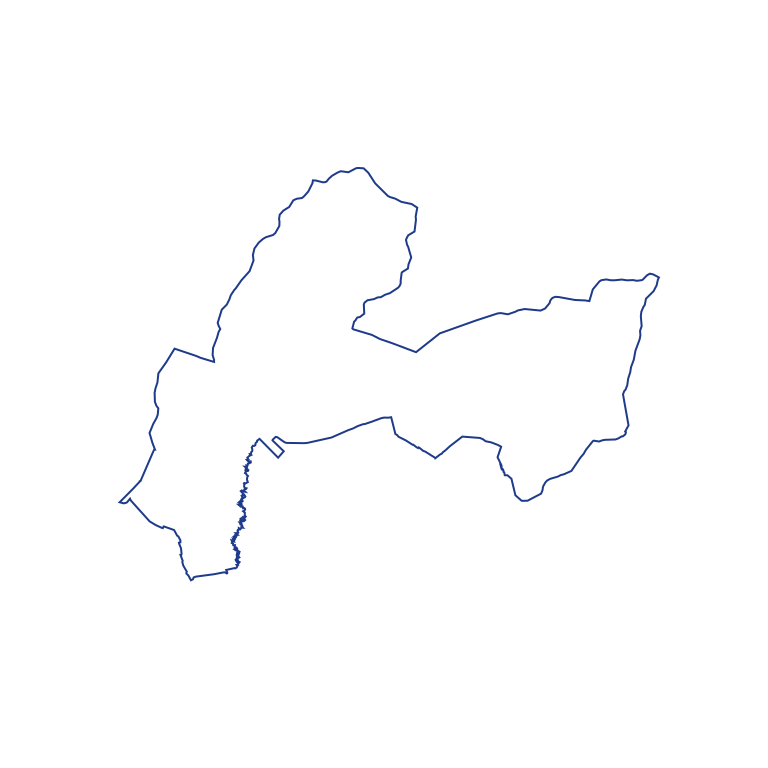 the district of Brestovat, Arad, Romania, rotated 48°
{"feature_id": "2599482B51374026190255", "entity_name": "Brestovat", "entity_type": "district", "adm_level": 2, "iso_a3": "ROU", "parent_name": "Romania", "parent_adm1": "Arad", "projection": "equal_earth", "projection_center": [21.692, 45.902], "detail": "fine", "context": "isolated", "style": "outline", "palette": "blue", "viewbox_px": 768, "rotation_deg": 48, "n_neighbors": 0, "source": "geoboundaries", "source_scale": "gbopen_adm2", "svg_char_len": 6165}
<svg xmlns="http://www.w3.org/2000/svg" viewBox="0 0 768 768"><g transform="rotate(48 384 384)"><path d="M374.8,649.6L380.7,651.9L381.3,653.0L384.7,654.7L391.5,656.1L392.1,657.3L392.7,657.7L395.4,657.5L400.7,658.8L401.3,656.7L400.4,654.9L401.2,652.8L411.7,637.5L416.7,629.2L417.5,628.3L419.6,627.6L419.7,627.1L419.2,626.6L416.6,625.7L420.7,618.4L421.5,617.9L421.8,616.2L421.1,614.7L419.9,614.6L420.8,613.4L419.5,612.5L419.9,611.3L419.7,610.5L417.8,611.2L418.3,612.2L418.1,612.5L415.4,612.0L415.3,611.7L416.8,610.9L416.9,610.4L415.2,610.2L414.5,609.5L415.6,609.1L416.1,607.6L414.4,607.4L413.3,608.3L412.5,607.9L412.0,607.2L413.1,606.9L413.5,606.1L412.0,603.6L411.1,603.9L411.2,605.5L410.8,605.5L410.2,604.2L409.3,604.0L408.6,605.4L407.3,605.7L408.1,604.4L407.8,603.2L407.3,603.2L407.1,604.2L406.1,605.0L405.8,604.7L406.3,603.7L406.0,603.4L405.0,603.9L404.0,602.6L402.9,603.9L401.5,602.9L400.3,603.5L399.7,602.4L398.3,601.9L400.6,600.8L398.3,599.9L399.8,599.4L399.5,598.4L396.8,598.0L396.9,597.3L398.2,597.3L398.8,596.6L398.5,595.9L397.8,596.2L396.8,595.7L398.2,593.7L395.6,594.0L397.0,592.2L397.0,591.8L395.2,591.2L395.1,590.5L394.6,590.1L395.2,589.1L394.1,588.3L395.8,587.8L395.3,586.2L396.3,585.1L394.8,585.3L394.9,584.3L394.3,584.0L392.3,584.7L392.0,584.5L392.5,584.4L392.6,583.4L392.0,583.1L391.1,584.1L390.2,584.0L390.8,583.4L391.0,582.3L389.2,582.2L388.7,581.1L388.1,580.8L388.3,580.0L389.2,580.5L391.8,580.4L392.2,579.9L392.2,578.2L391.2,578.0L390.8,578.6L388.4,578.0L388.4,577.6L389.6,577.5L390.1,576.3L390.0,575.4L388.6,575.5L386.5,573.5L384.3,573.8L384.6,572.1L384.3,571.1L383.7,570.7L382.9,570.7L382.0,571.9L380.6,571.0L379.4,572.5L376.3,572.9L378.4,570.5L377.9,570.1L374.8,571.2L374.8,569.0L376.3,568.7L376.6,567.6L375.8,567.1L374.1,567.1L373.9,566.2L374.4,565.4L372.9,564.9L374.7,564.1L375.1,563.2L374.9,562.4L372.7,561.9L372.3,563.0L371.8,563.4L371.6,562.5L370.9,562.1L367.8,562.1L367.9,561.0L369.6,560.5L371.3,559.2L369.2,559.3L369.0,557.9L369.7,556.7L369.5,556.0L368.0,557.1L366.2,556.3L365.2,554.9L364.1,554.6L364.1,554.1L365.1,553.7L365.8,550.9L363.2,549.7L361.8,548.0L361.3,546.6L359.7,546.9L358.3,546.4L357.2,546.9L356.5,545.3L357.6,543.0L357.2,542.4L356.6,542.4L355.9,544.0L355.2,544.5L354.8,543.9L355.8,542.9L355.5,542.5L352.6,542.7L354.1,541.5L353.8,541.1L352.4,540.7L353.2,539.8L352.1,538.5L352.7,537.5L352.4,536.4L353.1,536.1L353.2,535.5L352.3,534.8L350.8,536.6L348.5,536.7L349.3,535.2L347.3,534.8L347.3,532.2L347.9,530.2L346.2,530.5L346.5,529.2L345.8,528.3L345.7,526.8L344.4,525.5L342.7,524.8L342.3,523.4L342.2,522.7L343.1,522.0L343.4,520.6L342.0,519.0L342.0,517.0L341.2,516.2L341.5,513.2L367.9,512.0L366.9,503.5L351.3,504.6L350.9,504.0L350.8,499.9L352.1,498.9L360.7,496.9L362.5,495.9L374.3,483.2L376.4,480.5L388.6,458.9L394.4,441.4L396.3,436.8L397.7,431.7L399.8,426.6L401.0,424.9L403.4,419.3L407.7,408.6L409.1,406.3L411.8,403.5L413.5,400.9L428.8,409.0L430.8,408.4L433.0,408.5L440.3,405.6L448.3,403.4L448.6,402.9L452.9,402.1L454.5,401.5L454.3,400.7L455.5,400.3L460.0,399.6L461.8,398.6L473.0,395.4L473.5,395.6L473.9,389.5L474.4,387.6L474.1,385.9L474.4,382.7L474.3,376.8L475.5,361.0L488.3,348.8L491.3,347.4L494.5,346.8L499.1,343.4L505.6,340.1L509.0,338.9L514.4,348.6L522.9,351.1L523.2,351.3L522.3,351.7L525.9,353.5L526.5,353.5L526.4,352.7L526.8,352.7L528.7,353.4L529.2,354.0L530.2,353.8L532.6,355.3L534.5,353.3L539.7,352.7L554.6,360.8L562.5,359.9L563.2,359.6L566.8,355.4L570.6,340.6L568.9,337.1L567.2,335.2L566.3,333.5L565.1,329.8L564.9,327.2L565.7,323.9L569.2,316.6L569.9,313.8L571.5,310.6L574.0,302.9L570.1,287.1L569.5,282.4L568.0,277.9L566.2,266.9L566.5,266.0L570.6,262.7L571.9,259.5L573.3,257.2L580.1,249.1L581.2,246.4L582.0,242.3L582.7,241.6L582.9,238.9L582.6,237.7L581.6,236.4L580.7,236.6L578.4,230.0L551.6,213.3L550.0,210.2L549.9,208.5L547.8,204.2L543.3,198.8L540.0,193.1L536.8,189.2L533.2,182.3L527.4,174.7L521.8,164.0L519.4,160.9L515.8,158.1L513.4,153.8L505.5,147.8L502.5,144.4L500.4,139.9L499.7,137.3L495.9,132.2L495.4,121.5L493.1,115.4L489.7,110.6L488.8,108.4L482.7,110.6L479.9,112.6L479.2,116.0L479.6,121.8L479.4,122.8L476.6,126.9L473.3,129.5L469.6,134.0L465.5,137.4L461.3,143.1L458.7,146.0L455.0,148.9L452.4,152.8L451.9,155.1L453.4,165.5L459.8,175.9L456.4,178.7L449.3,185.9L436.5,195.8L433.8,198.4L432.8,201.1L432.8,202.4L433.3,204.7L434.7,206.9L435.7,213.8L434.2,218.5L422.4,229.3L419.0,235.1L418.1,238.3L415.1,245.3L409.5,249.7L407.6,252.3L398.4,273.0L383.7,308.7L381.8,338.9L359.0,350.7L347.9,356.9L339.3,360.2L322.9,370.2L321.5,370.3L317.7,364.5L317.6,362.5L316.8,360.0L316.8,359.2L318.1,357.1L318.5,351.6L311.5,345.9L310.5,344.1L310.7,340.3L314.2,334.6L315.4,330.8L317.4,328.2L318.4,323.4L320.4,318.9L321.9,309.1L321.6,306.9L320.5,304.4L318.2,302.3L313.2,296.5L313.0,295.6L314.2,289.0L311.4,285.6L308.2,279.1L298.3,274.3L296.0,273.7L291.9,271.4L291.1,270.4L289.7,266.5L291.1,259.3L283.2,250.2L280.8,248.5L275.2,241.3L268.8,243.0L260.3,249.2L253.6,251.7L249.0,254.5L246.8,255.3L229.0,256.3L216.5,254.3L210.1,254.8L206.3,258.5L205.0,260.3L202.8,268.8L197.0,273.7L195.9,276.6L194.5,283.2L194.5,287.7L195.1,291.1L194.6,292.7L193.3,294.4L187.2,298.5L185.1,300.6L186.9,302.8L189.7,309.9L190.3,311.5L191.0,317.6L190.9,320.5L188.0,324.8L186.8,328.4L189.0,336.0L187.8,342.8L188.4,348.2L191.2,351.6L193.6,353.2L196.5,356.0L199.1,363.8L199.0,366.8L195.9,373.5L195.2,376.9L195.1,382.3L196.6,389.6L200.4,395.1L204.9,398.3L210.2,408.4L211.5,420.5L213.8,430.5L213.9,432.2L215.5,438.4L217.7,442.4L219.8,447.7L220.2,454.8L227.3,466.7L230.0,467.9L233.6,468.9L234.6,472.0L237.9,477.2L242.8,486.9L247.8,492.0L252.3,494.1L253.9,495.5L242.0,502.7L237.1,505.0L217.6,516.0L222.1,531.2L225.1,544.5L231.3,551.4L234.5,557.0L237.1,560.4L244.0,566.2L247.9,567.7L251.1,568.0L255.4,572.7L257.1,575.9L259.2,582.1L263.5,591.0L272.8,595.5L279.3,598.0L278.8,598.3L280.3,601.8L293.2,629.9L292.8,630.6L293.1,630.9L293.9,640.2L295.0,659.6L298.5,657.3L299.5,655.6L300.0,654.2L299.3,649.5L301.1,650.1L329.3,650.1L335.9,648.1L342.2,645.4L343.1,644.8L342.4,643.1L342.7,642.8L352.1,637.7L358.3,639.2L359.7,638.8L363.9,639.9L365.4,641.2L364.7,642.6L365.1,642.9L370.3,644.8L374.8,648.1L375.3,648.9L374.8,649.6Z" fill="none" stroke="#1e3a8a" stroke-width="2"/></g></svg>